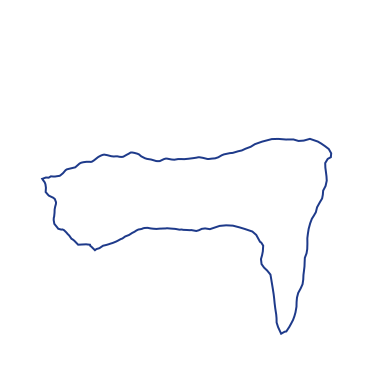 outline of Khamdang, Tashi Yangtse, Bhutan, rotated 113°
{"feature_id": "84629894B8594333696948", "entity_name": "Khamdang", "entity_type": "district", "adm_level": 2, "iso_a3": "BTN", "parent_name": "Bhutan", "parent_adm1": "Tashi Yangtse", "projection": "orthographic", "projection_center": [91.563, 27.489], "detail": "fine", "context": "isolated", "style": "outline", "palette": "blue", "viewbox_px": 384, "rotation_deg": 113, "n_neighbors": 0, "source": "geoboundaries", "source_scale": "gbopen_adm2", "svg_char_len": 3265}
<svg xmlns="http://www.w3.org/2000/svg" viewBox="0 0 384 384"><g transform="rotate(113 192 192)"><path d="M283.5,50.7L278.1,49.7L274.0,49.3L270.3,49.0L266.3,49.2L262.4,49.7L256.8,51.0L252.5,52.7L248.2,54.1L243.4,54.8L238.2,54.3L233.7,54.2L229.1,55.4L224.8,57.0L220.9,58.1L216.5,59.4L212.3,61.0L208.5,62.4L203.7,62.6L199.6,63.6L194.7,65.5L189.4,67.8L184.8,69.1L180.4,70.2L174.6,71.0L169.8,71.2L166.2,70.6L162.2,70.1L157.2,70.9L151.5,70.3L147.1,69.7L143.4,70.5L139.5,71.8L134.3,71.4L128.9,72.4L125.1,74.3L121.3,76.5L117.4,78.8L113.3,80.7L108.5,80.0L105.7,77.8L102.0,79.0L99.0,82.9L97.8,87.6L96.9,92.1L96.4,95.9L97.0,104.2L101.0,109.2L103.4,113.9L104.0,119.2L107.0,126.1L109.4,133.3L112.1,139.2L118.2,147.1L123.4,152.8L127.4,155.6L131.3,159.7L134.3,162.4L136.6,165.6L140.1,169.8L141.4,172.3L141.9,173.0L144.9,177.3L146.6,179.0L149.8,181.4L152.0,183.9L153.4,186.6L155.1,189.5L155.6,190.8L156.3,195.3L157.1,198.7L157.5,199.7L158.7,201.4L160.3,204.0L162.8,208.3L164.1,210.7L164.5,211.4L167.2,217.8L169.2,220.9L169.8,222.7L170.1,223.7L171.1,228.3L171.5,229.2L172.7,230.7L176.1,233.7L176.7,234.9L177.5,237.0L177.7,239.0L178.1,242.4L179.1,246.4L179.3,248.5L179.0,252.7L178.4,254.6L178.1,255.5L178.1,257.3L178.5,260.2L178.9,262.1L179.5,263.7L180.3,264.4L181.5,265.2L182.8,266.3L184.2,267.4L186.3,269.0L187.1,270.2L187.9,272.4L188.3,274.5L188.9,276.0L189.9,277.9L190.3,279.3L190.6,280.3L191.2,284.4L191.9,287.5L192.9,288.9L194.2,290.2L195.8,291.5L196.8,292.2L201.2,294.6L202.5,295.5L203.2,296.0L203.8,296.8L204.2,298.0L205.3,300.7L207.0,303.6L208.3,305.4L209.7,306.6L210.5,307.0L214.9,309.1L220.0,316.0L221.3,316.9L225.1,318.1L227.8,319.5L228.8,320.1L229.7,321.6L230.5,322.9L231.2,324.0L231.9,325.6L232.4,327.0L232.7,328.0L234.8,329.5L235.3,330.9L235.8,332.2L236.9,333.4L237.9,334.4L238.4,335.0L239.1,334.0L240.7,331.3L242.2,329.9L245.2,328.1L249.2,326.7L250.8,323.5L251.3,322.3L251.5,317.5L252.1,315.5L253.8,313.9L254.5,313.2L256.1,312.6L259.1,312.2L261.8,311.6L264.9,310.4L268.5,309.3L269.9,309.1L271.8,308.4L275.1,306.3L277.6,301.6L278.1,300.8L278.0,299.9L277.7,297.7L277.1,296.6L277.1,295.1L277.6,293.7L278.2,292.2L278.8,290.9L279.2,290.2L280.1,287.9L280.7,287.0L281.6,285.5L282.2,284.6L282.2,283.7L282.8,281.4L285.0,276.2L281.5,269.0L281.2,267.9L280.4,265.3L281.3,264.6L281.6,263.4L283.5,258.6L281.9,257.7L279.9,255.3L276.2,252.9L274.9,251.1L274.0,249.9L272.5,248.1L271.4,246.9L269.9,245.1L268.6,243.8L267.5,242.7L266.0,241.4L263.2,239.2L262.0,237.9L259.0,236.1L256.2,233.2L253.1,231.1L251.1,229.4L249.1,228.1L247.5,226.7L246.1,224.5L245.3,223.5L244.5,222.8L243.6,221.5L242.3,218.8L241.8,216.3L241.5,215.2L241.0,213.5L239.9,210.3L238.5,207.7L236.7,203.9L236.1,202.5L235.1,200.8L234.6,199.2L233.5,195.9L232.6,193.3L232.2,191.7L231.6,188.9L230.6,186.9L230.2,185.1L229.2,182.5L228.0,179.1L227.3,177.7L226.2,172.8L224.6,170.8L222.1,168.6L220.4,165.7L219.2,161.0L212.4,153.3L209.3,147.5L207.0,141.2L206.0,134.5L205.4,128.9L204.8,121.0L206.4,116.1L211.3,109.9L211.5,108.5L213.6,105.5L219.0,103.6L222.8,102.8L226.8,102.3L231.2,99.8L233.4,96.2L235.0,92.0L237.4,87.5L241.3,85.0L244.3,83.1L249.5,79.8L254.2,76.9L257.5,75.0L261.9,72.6L266.4,70.0L271.9,66.6L275.1,64.9L279.1,63.1L282.7,60.0L287.6,54.6L284.4,52.1L283.5,50.7Z" fill="none" stroke="#1e3a8a" stroke-width="2"/></g></svg>